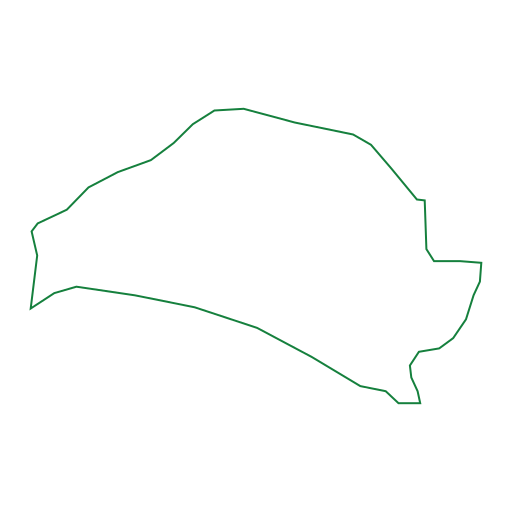 outline of Bogovinje
{"feature_id": "MKD-2960", "entity_name": "Bogovinje", "entity_type": "Statistical Region", "adm_level": 1, "iso_a3": "MKD", "parent_name": "North Macedonia", "parent_adm1": "", "projection": "albers", "projection_center": [20.89, 41.931], "detail": "fine", "context": "isolated", "style": "outline", "palette": "green", "viewbox_px": 512, "rotation_deg": 0, "n_neighbors": 0, "source": "natural_earth", "source_scale": "10m", "svg_char_len": 658}
<svg xmlns="http://www.w3.org/2000/svg" viewBox="0 0 512 512"><path d="M30.7,308.5L37.2,255.5L31.6,231.4L37.7,223.4L66.8,209.7L88.5,187.4L117.8,172.1L150.9,160.1L173.7,143.0L192.8,124.2L214.4,110.5L243.7,108.8L294.7,122.5L353.1,134.5L371.0,144.8L391.5,168.7L416.9,199.5L424.7,200.4L425.1,211.5L426.4,249.1L434.0,261.1L459.6,261.1L481.3,262.8L479.9,281.6L473.6,295.2L466.0,319.3L453.2,338.1L439.2,348.4L418.9,351.8L409.9,365.5L411.3,377.5L417.6,391.2L420.2,403.2L417.6,403.2L406.6,403.2L398.5,403.2L385.7,391.2L360.3,386.1L311.8,357.0L257.1,327.9L194.7,307.3L134.8,295.3L76.4,286.7L54.3,293.1L30.7,308.5Z" fill="none" stroke="#15803d" stroke-width="2"/></svg>